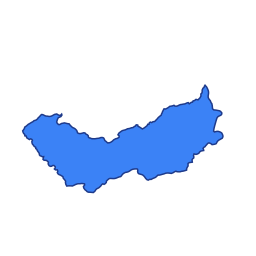 Promissão, São Paulo, Brazil, rotated 44°
{"feature_id": "56859067B81911907857005", "entity_name": "Promissão", "entity_type": "district", "adm_level": 2, "iso_a3": "BRA", "parent_name": "Brazil", "parent_adm1": "São Paulo", "projection": "mercator", "projection_center": [-49.88, -21.492], "detail": "fine", "context": "isolated", "style": "filled", "palette": "blue", "viewbox_px": 256, "rotation_deg": 44, "n_neighbors": 0, "source": "geoboundaries", "source_scale": "gbopen_adm2", "svg_char_len": 4600}
<svg xmlns="http://www.w3.org/2000/svg" viewBox="0 0 256 256"><g transform="rotate(44 128 128)"><path d="M185.1,52.0L183.0,51.7L181.8,52.1L180.1,53.2L179.0,53.9L177.1,55.4L175.4,55.4L173.1,53.4L171.3,52.2L170.2,52.1L168.3,51.2L166.0,50.9L164.6,50.4L163.4,49.3L162.1,47.4L161.0,46.2L159.7,45.3L158.1,44.6L156.2,43.9L153.7,43.7L153.9,44.9L154.5,46.0L154.3,47.3L155.0,49.2L156.0,50.2L156.8,51.3L156.8,52.9L158.3,54.4L158.8,56.2L158.8,59.1L157.0,60.2L156.8,62.0L156.0,63.3L156.4,64.6L155.7,65.5L155.5,66.7L155.2,68.1L153.7,67.9L152.9,69.2L152.2,71.1L151.1,72.5L150.3,73.7L149.4,74.8L148.7,76.5L148.3,77.7L147.5,78.9L146.4,79.7L145.3,79.7L144.8,80.9L143.8,82.4L143.0,83.4L142.8,85.1L142.4,86.7L141.8,88.3L140.6,89.2L141.0,90.7L141.5,92.3L142.1,93.6L142.4,94.7L143.0,95.9L142.7,97.3L142.5,99.6L142.7,101.1L142.6,102.3L142.7,103.6L142.6,104.9L141.6,106.1L141.3,107.6L139.9,108.3L139.8,109.6L140.5,110.8L139.6,111.6L140.1,113.0L139.9,114.7L139.6,116.6L139.0,118.7L137.1,119.0L135.2,119.4L134.1,119.8L132.9,119.1L131.7,120.0L132.0,121.5L131.5,122.4L131.4,124.0L130.3,125.5L129.4,127.3L128.2,128.9L127.4,131.1L126.6,132.4L125.7,133.9L125.3,135.7L125.0,138.0L125.5,139.9L127.1,139.8L128.0,140.8L127.5,142.9L126.6,144.3L125.9,146.5L125.9,148.4L125.4,150.5L124.7,151.8L123.6,152.9L121.5,152.9L120.0,153.1L118.8,152.5L117.3,152.1L116.1,152.7L115.1,153.7L114.3,155.4L112.8,157.2L111.7,158.7L110.5,159.8L109.3,160.9L107.9,161.4L107.1,162.0L105.9,162.1L104.8,161.2L103.5,161.1L102.1,161.6L100.8,161.4L99.6,162.0L98.8,163.3L98.2,164.3L97.3,165.5L96.0,166.3L95.0,166.5L94.1,166.0L92.8,165.4L90.8,165.3L89.2,165.6L87.7,166.2L86.2,166.2L84.6,166.2L82.8,165.9L82.0,166.5L81.1,167.1L79.7,167.9L78.6,168.6L78.0,169.6L77.0,171.0L76.5,173.0L75.5,173.8L73.6,173.7L72.5,173.2L71.3,170.9L70.7,169.0L71.8,166.4L71.5,164.6L70.6,164.1L70.6,165.8L69.8,166.6L68.5,167.1L67.0,167.4L65.7,169.3L65.2,171.0L64.6,172.8L63.3,174.5L62.0,175.3L61.1,176.1L59.9,176.8L57.9,177.4L56.6,178.1L56.3,179.4L56.5,181.5L56.3,182.8L56.6,184.3L56.3,186.3L55.3,188.0L55.2,189.5L54.6,191.3L54.2,193.0L53.7,194.6L53.5,197.2L53.1,199.1L53.8,200.4L54.1,201.8L54.2,203.2L55.6,204.0L56.7,204.4L58.1,204.4L59.3,205.3L60.3,204.5L62.0,205.4L63.6,205.1L65.1,204.8L65.5,203.4L66.8,203.0L67.8,203.2L68.2,204.5L69.2,205.3L70.2,205.9L71.3,206.0L73.4,206.4L75.0,206.0L75.9,206.9L77.3,206.7L78.5,207.3L80.2,207.6L81.7,207.9L83.0,208.9L84.2,209.0L85.3,208.4L86.4,208.2L87.2,207.2L87.9,208.4L88.6,209.6L90.0,209.5L91.2,208.5L92.1,207.9L93.1,207.9L94.5,207.8L95.5,209.3L97.3,209.9L98.7,209.6L99.6,208.6L99.9,207.2L100.8,206.4L102.6,206.4L103.5,207.5L103.5,208.6L104.9,208.5L106.3,207.2L107.6,207.9L108.1,209.2L109.6,209.6L110.9,209.4L112.2,208.8L113.7,208.5L114.9,208.2L116.3,209.1L117.5,209.2L118.6,209.3L120.1,209.6L120.9,210.7L122.4,211.7L124.3,212.3L125.4,210.9L127.0,209.4L128.3,208.3L128.9,206.8L129.6,204.9L130.6,203.0L132.2,201.4L133.4,199.9L135.5,198.4L136.4,199.1L136.6,201.1L137.9,201.9L139.9,202.3L141.5,202.1L142.6,202.2L143.9,201.8L145.4,200.5L146.4,199.7L147.9,198.5L148.1,196.5L147.7,194.6L147.8,193.3L148.3,192.0L148.6,190.9L148.7,188.7L148.4,186.9L148.7,185.6L149.9,185.2L150.3,183.8L150.2,182.3L149.3,181.0L149.4,179.6L149.5,178.1L149.9,177.0L150.7,176.2L151.9,175.2L153.1,174.1L153.9,173.0L154.5,171.9L154.9,170.9L155.6,169.4L156.5,168.0L156.5,166.8L156.2,165.3L156.4,163.5L156.9,161.9L157.7,160.8L158.4,159.7L158.9,158.4L159.2,157.1L159.5,155.6L160.2,154.2L161.2,152.9L162.5,151.5L163.4,151.0L164.4,151.6L165.1,152.6L166.4,153.4L167.6,153.4L168.5,152.9L169.6,152.3L171.0,151.6L172.6,151.5L173.9,151.6L175.8,152.0L177.6,152.0L178.8,151.4L179.2,150.0L180.4,148.8L180.9,147.1L181.6,145.6L182.1,144.3L182.3,141.0L183.2,140.2L184.0,139.0L184.9,137.4L185.7,136.1L186.6,134.2L187.8,132.8L189.1,131.7L190.7,130.6L191.5,128.9L192.0,126.8L192.5,125.8L193.6,125.4L194.8,124.4L195.9,123.3L196.6,122.0L197.7,120.6L198.6,119.1L199.4,117.6L198.3,116.3L197.8,114.7L197.6,113.6L196.7,112.7L195.8,111.8L196.1,110.4L197.0,109.2L198.0,107.9L196.9,107.0L196.1,106.3L195.9,105.0L196.1,103.9L195.4,103.0L194.4,102.5L193.5,100.8L195.2,99.8L195.9,98.7L196.5,97.0L196.2,95.3L196.5,93.9L197.3,92.7L198.1,91.6L197.1,90.9L196.1,90.5L196.0,89.2L196.4,88.0L196.2,86.8L196.2,85.6L196.1,84.2L196.2,83.0L197.0,82.2L198.7,81.6L200.0,81.6L201.0,80.3L201.7,79.3L202.3,78.0L201.9,76.6L201.6,75.5L201.7,73.9L202.2,72.2L202.9,69.9L202.4,68.4L201.3,67.4L200.1,66.9L199.0,66.5L197.5,66.7L195.5,67.6L194.4,68.5L192.9,70.8L191.8,70.8L190.5,69.1L188.7,66.0L186.7,62.3L185.1,59.2L184.8,57.6L185.1,56.4L185.9,54.3L185.9,53.2L185.1,52.0Z" fill="#3b82f6" stroke="#1e3a8a" stroke-width="1.5"/></g></svg>